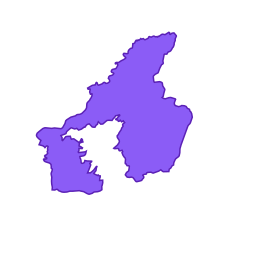 outline of Nghia Dan, Nghệ An, Vietnam, rotated 48°
{"feature_id": "81297802B96353597468260", "entity_name": "Nghia Dan", "entity_type": "district", "adm_level": 2, "iso_a3": "VNM", "parent_name": "Vietnam", "parent_adm1": "Nghệ An", "projection": "equal_earth", "projection_center": [105.406, 19.354], "detail": "fine", "context": "isolated", "style": "filled", "palette": "violet", "viewbox_px": 256, "rotation_deg": 48, "n_neighbors": 0, "source": "geoboundaries", "source_scale": "gbopen_adm2", "svg_char_len": 5806}
<svg xmlns="http://www.w3.org/2000/svg" viewBox="0 0 256 256"><g transform="rotate(48 128 128)"><path d="M155.2,69.8L153.2,70.7L150.9,70.4L149.2,71.2L147.2,73.1L146.9,74.5L145.9,76.2L142.9,77.9L141.1,77.5L140.1,76.4L138.5,73.4L137.9,73.4L133.9,75.8L132.8,77.3L131.3,80.7L130.0,81.7L128.2,82.3L128.0,80.6L126.2,78.2L124.5,75.5L123.8,74.7L119.9,74.0L117.5,72.4L116.5,72.5L114.8,73.4L111.7,77.8L111.3,77.8L110.3,77.4L106.8,74.9L106.3,74.0L106.3,71.8L107.1,68.7L104.8,64.3L103.8,61.7L103.4,60.5L103.7,59.5L103.6,58.8L103.4,58.4L101.5,57.2L97.6,52.0L97.5,51.5L99.1,49.7L98.7,48.6L98.4,47.2L99.1,45.7L99.2,44.5L98.7,42.6L98.2,41.4L98.1,40.2L97.6,39.1L96.9,37.9L95.7,36.7L94.6,34.4L93.3,33.2L92.1,30.6L91.6,30.3L88.1,30.2L87.0,31.8L86.7,34.1L86.3,34.2L85.6,33.9L85.0,33.3L84.2,33.6L83.4,38.0L81.5,39.4L81.0,40.3L80.6,43.9L80.5,44.1L80.0,44.2L80.0,45.4L78.9,45.9L78.5,46.7L77.0,47.2L76.4,48.5L76.0,50.0L74.4,50.9L74.2,51.5L74.3,51.9L74.7,52.5L74.7,53.4L73.9,56.1L73.4,56.6L71.8,56.8L71.0,58.5L70.1,58.6L70.2,60.7L70.0,61.2L69.2,61.5L69.5,62.3L69.2,63.1L68.7,63.4L68.3,63.3L68.5,64.5L69.3,66.1L68.9,67.7L68.6,68.0L71.3,71.0L71.3,71.6L70.6,72.7L70.5,73.3L70.6,75.5L71.4,76.9L72.3,77.7L72.5,78.0L72.4,78.5L72.1,79.0L69.8,81.0L69.8,81.7L70.3,82.5L72.2,82.8L74.0,82.5L74.4,82.8L74.5,83.2L74.3,85.1L73.4,88.4L73.1,90.9L72.7,91.5L71.6,92.6L71.3,93.2L71.2,93.8L71.7,94.4L72.0,94.4L72.5,93.5L73.3,92.9L73.8,93.0L74.7,93.9L75.5,96.2L75.7,97.4L74.2,100.1L74.0,100.7L74.1,101.3L74.4,102.1L74.9,102.7L75.7,102.8L77.5,102.0L78.0,102.1L78.3,102.9L78.3,104.2L77.0,106.8L77.1,108.1L78.1,109.5L79.1,109.4L80.4,109.8L81.2,110.6L81.3,111.2L81.0,113.3L79.9,114.7L78.9,114.7L78.2,115.1L77.9,115.8L77.8,117.9L76.5,121.2L75.8,121.5L73.6,120.7L73.0,121.0L73.1,121.8L74.0,123.4L72.4,126.0L71.3,131.3L72.2,131.7L72.6,131.6L73.4,130.3L73.9,130.1L75.6,132.4L77.7,133.3L78.0,133.1L78.3,132.0L78.6,131.9L79.9,133.2L80.8,135.0L81.2,136.7L81.7,137.9L81.9,140.8L82.1,141.7L82.6,142.5L85.2,145.2L85.6,146.0L86.1,147.9L86.2,149.9L86.3,152.3L86.0,153.6L85.6,154.7L84.1,156.7L83.8,157.6L83.9,158.7L81.7,163.2L80.9,168.0L81.0,169.5L82.5,171.8L83.9,176.1L84.0,176.6L83.7,178.2L78.8,182.6L77.2,185.0L72.6,189.2L72.0,190.0L71.4,191.7L71.1,196.7L71.1,198.9L71.7,200.3L72.3,201.0L73.2,201.4L74.3,201.6L77.1,201.4L78.9,201.0L80.9,205.3L84.2,203.2L86.2,202.7L87.0,202.8L86.8,200.6L87.7,199.8L88.3,199.8L89.7,201.9L90.7,202.2L91.5,203.9L93.0,204.5L93.3,206.4L92.8,208.1L93.3,208.1L93.7,209.2L94.6,209.0L95.3,208.5L95.8,208.4L96.2,208.7L96.4,209.1L96.1,209.7L95.8,210.0L95.8,210.7L95.1,210.7L94.8,211.0L94.7,211.6L95.0,211.9L96.3,212.3L97.2,212.2L98.3,211.7L101.7,209.7L103.5,209.6L105.4,210.9L106.4,211.9L107.9,211.8L108.9,212.9L110.1,215.2L110.7,215.9L113.6,217.6L116.2,220.3L118.6,222.2L121.3,223.8L123.2,225.8L125.1,223.9L125.6,222.4L126.0,221.8L126.6,221.5L128.1,221.5L131.4,219.9L132.9,218.5L134.7,216.2L136.1,213.4L137.7,211.7L142.0,206.1L143.0,205.5L145.7,203.5L149.0,202.4L150.7,201.6L151.4,200.9L152.6,198.3L152.8,196.4L153.1,195.7L155.0,193.2L155.5,192.2L156.1,190.8L156.4,188.7L153.7,186.4L153.3,185.5L151.8,183.4L149.8,181.7L148.0,184.2L146.3,182.5L145.9,181.5L145.0,180.7L144.2,181.5L142.9,181.6L142.9,182.4L139.6,183.8L138.8,183.8L138.3,180.4L136.6,178.3L135.8,176.9L135.5,177.1L135.5,177.7L136.3,181.6L136.3,184.4L136.1,186.0L134.3,188.1L132.7,184.7L130.5,180.4L129.8,180.2L129.0,180.3L128.7,180.0L128.7,177.5L128.3,177.2L125.1,180.5L123.3,181.8L124.4,183.6L124.3,184.3L123.8,185.5L123.2,186.0L122.7,186.1L122.4,186.0L120.7,184.7L119.2,183.9L118.3,183.8L117.0,182.9L118.9,179.7L119.3,178.5L119.0,177.0L117.3,174.6L117.1,175.7L114.3,179.7L113.1,181.2L112.7,181.1L112.4,180.9L112.0,179.6L110.4,178.1L112.6,175.9L112.3,175.1L110.0,175.7L108.6,176.4L107.3,174.9L107.0,174.7L107.0,173.7L107.3,172.8L108.2,170.8L107.9,170.7L106.8,171.7L106.5,171.4L106.7,170.0L106.2,169.7L105.4,169.6L104.9,169.8L104.9,170.1L106.0,172.9L106.0,173.7L105.6,174.2L99.8,175.5L99.0,176.5L98.6,177.5L98.2,177.6L95.5,176.4L93.6,178.7L92.8,180.1L93.6,185.0L93.2,185.2L92.8,185.0L91.0,183.4L88.7,182.9L90.2,179.2L90.6,177.9L90.4,177.3L89.9,176.8L89.6,175.3L89.7,170.7L89.9,170.0L92.9,168.4L93.9,166.8L94.0,166.3L96.5,166.1L97.6,163.6L97.8,162.5L98.0,160.0L98.6,159.5L98.1,157.2L98.1,155.9L99.0,154.0L103.3,153.9L104.3,153.1L105.3,152.0L104.6,149.9L104.8,148.1L104.4,147.8L103.5,145.9L106.9,145.7L108.2,144.0L108.3,138.7L109.3,137.2L111.7,134.8L111.3,133.2L111.1,130.5L110.6,129.0L111.5,127.5L112.4,125.6L112.6,125.5L113.1,125.7L113.3,126.1L113.1,126.9L113.2,128.1L113.6,129.1L113.2,131.2L113.6,131.4L114.2,131.2L115.1,130.3L116.6,130.7L117.1,129.9L117.0,128.6L119.2,128.6L119.5,126.7L121.8,126.9L121.6,128.4L121.7,129.3L122.1,130.0L122.9,130.2L123.5,130.8L123.8,132.7L124.7,134.2L125.6,137.8L126.3,139.3L126.6,141.4L128.0,142.3L131.2,142.8L132.1,143.3L132.8,144.2L133.6,147.2L133.5,152.2L134.0,152.1L134.7,151.5L136.2,149.5L136.7,149.1L137.4,149.0L138.7,149.7L139.2,149.6L139.9,148.8L140.6,147.3L142.1,147.8L142.3,149.0L145.0,150.0L147.2,150.3L148.3,150.2L149.6,150.8L152.2,153.6L152.8,153.8L153.2,153.5L155.4,153.9L156.7,152.6L157.3,152.6L158.6,154.0L160.2,156.1L160.3,156.4L160.1,158.3L160.2,159.2L160.9,161.2L161.2,161.4L163.9,161.5L165.6,160.1L166.8,158.3L168.2,157.5L169.0,157.5L172.5,157.9L173.2,157.8L173.8,157.4L175.4,154.5L176.1,152.9L175.7,151.6L175.6,150.0L175.2,149.2L174.5,148.8L173.1,148.7L172.9,148.3L173.3,147.0L174.4,145.4L174.4,145.0L173.9,144.3L174.0,143.4L176.2,140.5L177.9,139.8L178.4,139.4L180.6,134.0L181.0,131.6L183.4,131.3L184.2,130.9L187.7,126.8L186.2,124.9L186.4,123.1L185.6,120.5L186.0,118.9L184.5,117.3L183.1,114.2L182.8,113.0L183.1,109.6L182.9,108.6L181.1,106.1L178.2,103.3L176.0,99.8L166.6,82.2L166.3,81.0L166.2,79.3L165.9,78.2L163.0,73.0L160.0,71.1L158.0,70.5L156.7,70.6L155.2,69.8Z" fill="#8b5cf6" stroke="#5b21b6" stroke-width="1.5"/></g></svg>